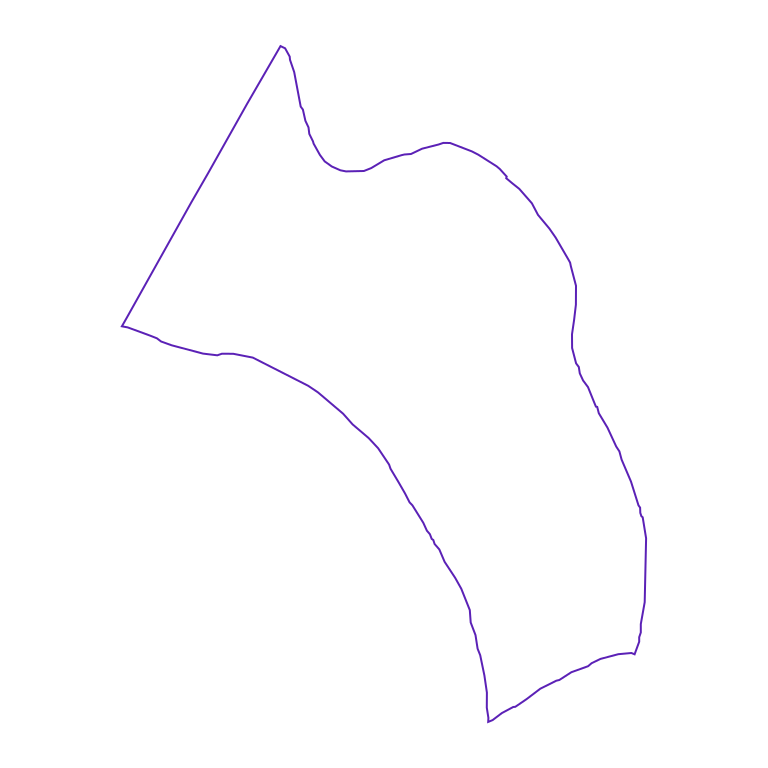 the district of La Democracia, Huehuetenango, Guatemala
{"feature_id": "79465075B38360675898536", "entity_name": "La Democracia", "entity_type": "district", "adm_level": 2, "iso_a3": "GTM", "parent_name": "Guatemala", "parent_adm1": "Huehuetenango", "projection": "albers", "projection_center": [-91.866, 15.617], "detail": "fine", "context": "isolated", "style": "outline", "palette": "violet", "viewbox_px": 768, "rotation_deg": 0, "n_neighbors": 0, "source": "geoboundaries", "source_scale": "gbopen_adm2", "svg_char_len": 1742}
<svg xmlns="http://www.w3.org/2000/svg" viewBox="0 0 768 768"><path d="M634.6,654.3L639.2,641.7L639.2,637.2L640.8,632.5L640.8,624.1L644.7,602.2L646.1,538.3L642.7,517.3L641.4,516.2L640.3,512.9L640.1,507.6L638.5,505.4L631.0,481.6L621.6,459.6L619.4,451.4L616.2,446.5L607.5,427.7L598.8,413.2L597.2,406.9L595.9,406.6L594.3,402.7L588.0,387.1L583.1,380.5L579.8,373.4L578.8,367.0L576.1,363.4L572.1,348.0L572.0,334.3L574.1,319.9L575.9,304.7L576.0,285.8L570.8,266.0L570.1,262.6L568.2,259.2L555.7,237.7L549.4,228.6L538.0,214.9L531.9,203.3L519.3,188.9L512.3,183.3L506.2,178.2L506.7,176.6L499.8,169.0L496.6,166.3L478.3,154.7L471.9,151.4L450.1,143.0L443.3,142.9L438.6,144.5L422.1,148.7L411.0,154.0L404.4,154.5L401.8,155.1L384.2,160.3L371.2,168.1L363.9,171.0L346.0,171.4L340.4,170.3L331.8,166.5L324.7,161.4L319.9,154.9L313.6,143.6L313.0,141.4L309.3,133.9L308.5,127.4L305.4,120.8L302.9,109.6L300.7,106.6L294.2,72.1L290.0,59.8L289.7,56.6L285.1,48.3L280.5,46.1L247.0,104.0L208.1,173.2L191.4,202.2L126.8,317.7L121.9,326.3L127.7,327.4L150.3,335.7L156.9,338.3L161.1,341.5L171.7,345.3L203.0,353.6L217.3,355.3L222.0,353.7L233.3,353.8L252.8,357.6L308.2,385.8L318.0,392.4L343.1,413.7L352.6,424.4L368.7,438.1L378.1,448.2L389.1,464.6L390.5,468.7L398.2,481.6L405.0,493.4L409.6,502.4L412.4,505.3L423.3,522.8L426.9,530.7L429.9,534.2L431.7,538.9L433.3,540.0L434.6,544.0L439.3,549.4L444.6,561.8L455.2,577.9L461.3,588.8L469.8,610.1L470.7,622.5L475.5,635.1L477.6,648.7L480.2,655.2L484.4,675.5L486.9,692.6L486.8,707.7L488.4,717.9L488.2,721.9L492.6,720.1L501.8,713.1L513.2,707.0L515.3,706.8L526.6,699.1L540.3,688.7L556.3,680.7L559.3,680.0L571.4,672.2L588.1,666.2L591.6,663.2L600.5,658.9L618.3,654.2L631.4,653.0L634.6,654.3Z" fill="none" stroke="#5b21b6" stroke-width="2"/></svg>